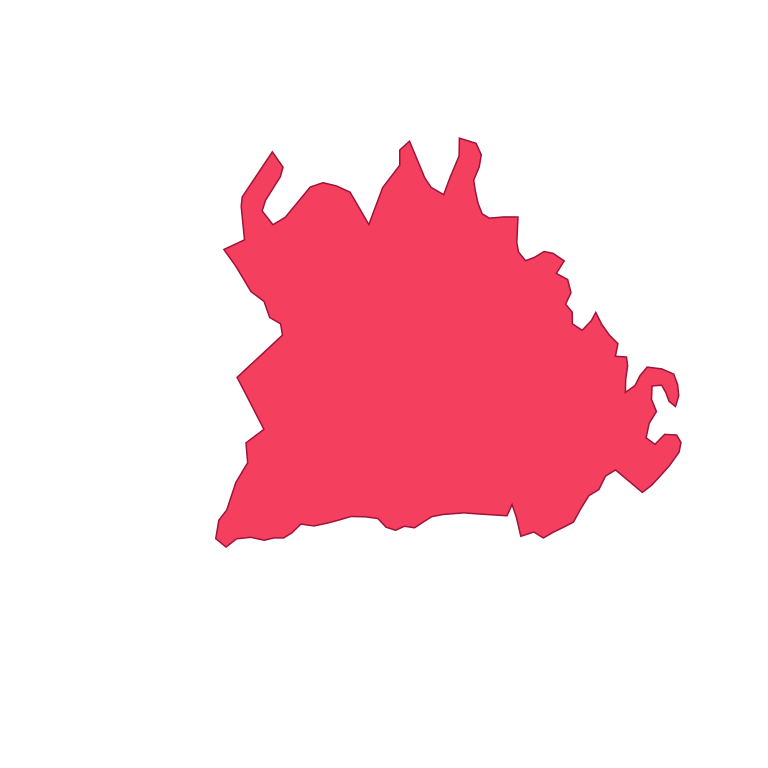 Centenário, Rio Grande do Sul, Brazil (Robinson projection), rotated 230°
{"feature_id": "56859067B70256380111407", "entity_name": "Centenário", "entity_type": "district", "adm_level": 2, "iso_a3": "BRA", "parent_name": "Brazil", "parent_adm1": "Rio Grande do Sul", "projection": "robinson", "projection_center": [-52.012, -27.763], "detail": "fine", "context": "isolated", "style": "filled", "palette": "rose", "viewbox_px": 768, "rotation_deg": 230, "n_neighbors": 0, "source": "geoboundaries", "source_scale": "gbopen_adm2", "svg_char_len": 1863}
<svg xmlns="http://www.w3.org/2000/svg" viewBox="0 0 768 768"><g transform="rotate(230 384 384)"><path d="M134.9,512.2L134.4,523.9L135.7,534.4L137.9,549.8L142.1,566.2L148.3,573.9L156.8,575.4L165.0,566.6L163.6,552.8L174.3,550.2L183.4,561.8L187.8,575.0L200.4,579.1L210.2,588.1L204.6,595.9L196.3,594.4L187.4,591.2L179.4,592.8L185.5,602.2L194.9,608.6L205.3,612.3L217.0,606.5L227.8,596.5L225.9,585.6L221.5,575.4L222.4,563.5L232.4,572.3L241.3,582.3L248.8,587.1L256.5,579.1L264.5,589.1L276.6,588.1L289.4,589.1L302.7,592.2L299.2,583.4L297.8,570.3L309.0,567.0L318.1,574.4L328.4,574.4L333.8,586.0L345.9,591.8L357.9,587.1L362.5,601.2L375.4,597.5L382.6,591.8L384.3,580.7L387.5,571.7L398.7,571.9L406.9,576.6L416.7,585.6L425.8,594.0L435.1,583.0L443.3,571.3L451.3,568.6L462.2,572.3L473.4,578.2L482.6,583.8L489.1,596.5L497.1,605.9L509.2,609.2L523.9,599.8L510.4,588.1L500.1,568.0L490.7,551.4L504.3,546.5L515.5,547.7L553.6,559.6L553.1,546.5L541.4,536.6L535.3,509.2L515.9,474.9L552.8,481.3L566.2,474.9L577.4,466.7L582.3,454.0L575.2,415.7L577.4,401.3L594.9,401.9L600.9,411.4L609.3,437.6L615.0,446.0L633.6,447.7L618.4,395.6L611.9,388.8L584.1,369.8L590.0,347.8L569.4,346.2L540.2,341.5L524.5,345.2L508.4,339.2L496.6,343.5L486.7,337.6L483.5,275.7L468.5,272.4L426.5,262.9L427.6,240.4L411.3,228.9L403.8,207.2L388.6,182.6L385.8,169.9L373.7,155.7L360.6,158.2L360.2,171.5L352.2,183.4L341.3,191.8L336.8,200.8L330.6,208.2L329.2,217.6L330.1,230.3L320.2,239.2L313.5,251.9L309.0,261.5L303.7,273.6L294.1,284.5L284.8,292.9L273.1,293.5L264.5,298.8L261.9,308.2L254.2,315.0L253.0,325.7L251.6,335.5L246.2,345.2L240.2,353.6L233.9,362.4L227.3,369.1L204.0,393.5L209.3,404.6L197.2,399.9L188.6,395.6L179.4,390.9L174.3,403.6L163.6,407.1L161.7,418.1L158.7,430.2L156.4,440.3L161.9,454.4L166.8,469.2L165.0,480.7L171.1,494.6L169.4,506.1L134.9,512.2Z" fill="#f43f5e" stroke="#9f1239" stroke-width="1.5"/></g></svg>